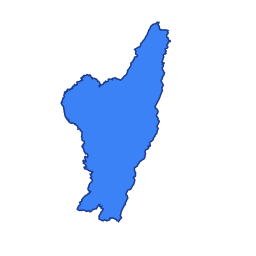 the district of Mwala, Eastern, Kenya, rotated 57°
{"feature_id": "3690345B72054376783235", "entity_name": "Mwala", "entity_type": "district", "adm_level": 2, "iso_a3": "KEN", "parent_name": "Kenya", "parent_adm1": "Eastern", "projection": "mercator", "projection_center": [37.528, -1.401], "detail": "fine", "context": "isolated", "style": "filled", "palette": "blue", "viewbox_px": 256, "rotation_deg": 57, "n_neighbors": 0, "source": "geoboundaries", "source_scale": "gbopen_adm2", "svg_char_len": 5788}
<svg xmlns="http://www.w3.org/2000/svg" viewBox="0 0 256 256"><g transform="rotate(57 128 128)"><path d="M60.1,137.3L60.6,137.1L60.8,137.8L60.5,138.9L61.4,139.5L60.5,139.8L60.6,140.2L60.9,140.4L62.1,140.0L63.0,140.4L62.5,141.0L62.7,141.8L62.5,142.3L62.6,142.8L62.4,144.2L61.6,145.5L62.3,146.4L63.5,146.4L63.9,146.9L63.9,148.3L63.5,148.3L63.4,149.1L62.5,149.0L62.4,149.3L63.3,150.0L63.4,150.9L63.0,151.4L63.7,152.0L63.6,152.7L64.4,153.0L64.0,153.6L64.4,153.9L64.1,154.7L64.2,155.0L63.7,155.5L64.3,156.2L64.2,156.5L62.8,157.2L62.7,157.6L63.2,158.0L63.0,158.6L63.2,158.9L64.0,159.0L63.8,159.4L63.9,160.2L63.6,160.5L64.2,160.8L64.2,161.1L63.5,161.5L63.5,161.8L63.8,162.0L64.7,161.7L65.0,163.2L65.9,164.1L67.3,164.6L67.7,165.5L67.5,166.3L68.6,167.3L69.6,169.0L70.6,169.4L70.4,170.2L70.6,170.4L72.9,170.7L74.8,170.4L77.6,171.7L78.3,171.6L78.9,172.3L79.5,172.4L80.1,172.9L80.8,172.9L82.8,173.9L84.7,174.4L85.8,174.1L86.2,174.4L86.8,174.0L87.8,174.5L88.6,174.2L89.0,173.2L89.3,173.3L89.6,174.0L90.0,174.2L90.7,174.2L91.9,173.5L92.5,173.5L93.2,172.9L93.5,171.9L95.0,170.7L96.1,170.6L96.3,169.9L97.0,170.0L98.7,169.3L100.0,169.7L100.7,169.6L101.1,169.8L101.7,170.6L102.1,169.2L102.3,169.0L103.4,169.0L104.4,169.4L105.9,168.6L108.7,170.4L110.1,171.8L110.9,171.7L112.7,173.0L113.8,173.0L115.2,172.0L116.5,172.5L117.2,173.2L117.2,174.5L117.3,174.7L118.3,174.8L118.0,176.1L118.6,176.8L119.9,176.3L120.7,176.8L121.9,176.7L123.4,177.5L125.4,177.4L126.5,177.7L127.0,176.4L128.9,176.4L130.3,177.6L130.4,178.1L128.6,179.2L128.6,179.8L129.0,180.4L132.7,181.2L133.4,181.6L133.1,182.2L131.0,182.7L130.8,183.0L131.1,183.7L132.3,183.8L133.1,184.6L135.0,183.7L137.6,183.8L138.0,184.0L137.9,184.4L137.0,185.8L136.9,186.1L137.2,186.4L138.8,186.4L139.7,185.6L140.1,184.9L143.1,183.7L144.4,182.5L145.1,181.5L145.5,181.4L145.8,181.6L145.7,182.7L146.6,183.7L146.7,184.0L146.0,184.8L146.3,185.0L148.9,184.9L149.2,185.4L149.1,186.5L149.3,186.7L150.1,186.7L151.2,186.0L151.6,186.0L153.1,187.0L153.4,187.7L153.4,189.4L154.8,192.0L156.1,193.2L156.3,193.9L157.7,195.0L159.0,195.1L161.0,193.9L161.3,194.3L160.6,195.2L161.8,196.2L161.8,196.8L161.3,197.1L161.9,198.9L161.5,199.8L161.7,201.8L162.3,204.0L163.1,206.0L164.1,206.4L164.3,206.7L163.9,208.7L164.0,209.0L166.2,209.6L166.5,211.9L168.2,214.7L168.5,214.5L169.4,214.5L170.8,213.6L170.9,212.9L171.3,212.3L171.9,212.0L171.9,210.9L172.5,210.2L173.2,209.4L175.4,208.2L176.1,205.7L177.3,205.7L177.9,204.8L177.4,202.5L177.5,201.3L177.9,199.7L178.6,198.7L176.6,194.7L176.4,193.9L177.0,193.3L178.4,194.5L179.3,193.8L179.9,194.0L179.8,193.1L180.6,194.1L181.0,194.1L182.1,193.0L182.5,193.1L183.4,194.5L184.0,196.6L184.9,197.7L186.1,200.4L187.0,200.6L188.2,201.7L188.8,201.8L191.1,200.2L192.0,199.9L192.2,199.6L192.3,198.7L192.1,197.7L194.4,196.3L194.5,194.9L194.9,194.0L194.9,193.1L193.8,192.4L193.6,192.0L194.5,191.2L194.8,190.1L198.3,187.7L199.9,187.6L200.6,186.9L201.3,186.8L200.2,184.6L200.0,182.6L199.3,182.2L197.9,182.3L197.2,182.2L196.6,181.2L195.7,180.5L194.3,178.9L193.0,177.1L191.6,174.3L190.8,173.4L190.7,171.8L189.3,171.2L188.7,169.7L187.1,167.4L187.0,166.7L186.3,166.2L184.4,165.6L183.9,165.5L182.9,166.1L182.2,165.7L180.0,162.0L180.7,159.7L180.5,158.2L179.7,157.2L178.0,153.3L177.0,152.7L176.5,151.7L175.3,150.6L172.4,150.3L172.2,149.9L172.6,149.1L172.4,147.9L171.8,147.4L170.7,147.2L170.1,146.1L167.6,145.8L165.0,144.5L165.0,141.0L164.0,139.6L163.4,137.8L162.5,136.2L162.7,134.4L162.4,133.0L162.7,131.6L162.2,130.9L161.7,129.7L160.3,128.7L159.7,127.8L158.4,127.0L157.3,126.9L156.3,125.7L156.0,125.1L156.3,123.4L156.1,121.6L155.5,121.1L154.2,121.1L154.3,120.5L155.3,119.2L155.1,118.9L153.5,118.4L152.0,117.6L151.8,117.1L152.0,116.1L151.6,113.5L150.9,112.5L150.1,112.1L149.6,109.9L148.6,108.9L148.3,107.1L147.2,105.8L146.1,105.0L145.1,103.0L143.0,102.9L142.1,102.5L139.7,98.4L139.3,98.1L137.4,98.3L136.1,97.4L134.7,97.6L133.1,97.5L132.3,96.6L131.4,94.6L130.5,93.7L127.5,93.5L125.8,94.2L125.2,94.1L123.5,91.4L120.6,86.1L116.0,79.9L115.6,78.9L112.9,77.8L111.3,75.0L106.6,74.6L106.1,74.3L105.3,72.3L103.9,71.3L103.4,69.6L101.8,67.4L101.5,67.3L100.5,67.5L99.0,67.0L98.1,67.4L97.1,67.2L95.9,65.9L95.1,64.4L94.5,64.2L93.4,64.4L93.3,64.1L93.6,63.1L93.3,62.4L92.8,62.4L92.5,63.2L92.1,63.6L91.6,63.8L91.2,63.6L88.0,59.5L87.4,59.1L86.4,59.1L85.9,58.6L85.8,57.9L86.0,56.7L86.3,56.3L86.3,55.7L86.1,55.5L85.0,55.6L84.7,55.2L84.7,54.5L84.1,54.0L82.8,54.2L82.0,53.9L81.8,53.2L82.4,51.7L81.9,50.6L81.4,50.3L80.0,50.5L79.3,50.1L79.1,49.5L79.2,48.7L78.3,48.0L78.1,47.6L78.0,46.6L78.5,45.7L78.3,45.2L77.6,45.1L76.4,46.2L75.4,46.0L74.4,45.3L73.4,46.0L72.6,45.9L70.8,44.6L70.4,42.8L70.1,42.5L68.9,42.4L68.4,41.9L68.2,41.3L67.0,42.2L65.5,44.0L64.4,46.2L63.3,46.7L63.2,47.5L62.8,47.6L61.9,47.5L59.9,46.5L57.4,46.5L56.7,44.9L56.3,44.5L55.9,45.3L55.2,45.9L55.7,47.7L54.7,50.6L55.1,53.1L55.3,53.8L56.7,55.6L57.1,57.0L59.9,60.6L61.3,63.7L62.4,65.3L63.1,67.9L63.9,69.8L64.1,71.3L66.0,72.9L66.3,73.7L65.9,75.3L65.7,79.7L67.6,79.4L69.9,81.2L70.6,81.2L71.7,80.6L72.5,80.7L72.9,81.3L72.8,82.4L72.2,83.4L72.2,83.8L72.8,84.8L73.9,85.5L73.8,86.4L74.1,86.9L74.8,87.3L75.1,90.2L77.2,91.5L78.9,95.0L79.4,96.9L79.7,97.2L80.4,97.6L82.2,99.9L82.4,100.9L82.5,103.2L83.6,106.4L83.7,107.9L83.7,108.4L81.6,109.5L81.2,110.6L80.2,110.7L78.8,111.4L78.5,113.0L78.1,113.5L78.1,114.0L78.9,114.8L77.9,115.3L77.7,116.0L76.6,117.3L76.5,118.1L77.7,118.9L77.9,119.6L77.3,121.0L76.5,121.4L76.6,121.7L77.5,122.1L77.5,122.5L77.0,122.7L76.8,123.2L77.8,124.8L77.5,125.5L77.4,127.8L77.9,129.5L77.6,129.6L77.0,129.2L76.4,127.6L74.8,127.2L72.9,127.2L72.2,128.0L71.4,127.7L69.4,128.1L69.3,128.4L68.6,128.7L67.9,129.5L67.5,130.4L67.3,130.6L67.2,131.2L66.9,131.3L66.4,130.5L64.9,131.2L64.0,130.9L62.7,131.0L62.7,132.5L61.3,132.7L60.9,133.8L61.0,135.0L60.0,136.3L60.1,137.3Z" fill="#3b82f6" stroke="#1e3a8a" stroke-width="1.5"/></g></svg>